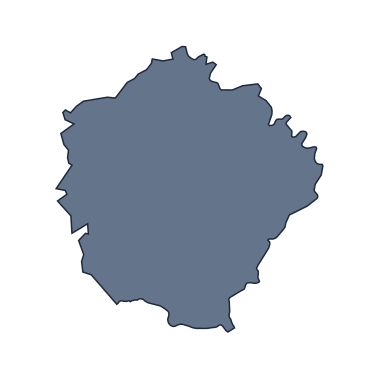 Cuenca, orthographic projection, rotated 78°
{"feature_id": "ESP-5818", "entity_name": "Cuenca", "entity_type": "Autonomous Community", "adm_level": 1, "iso_a3": "ESP", "parent_name": "Spain", "parent_adm1": "", "projection": "orthographic", "projection_center": [-2.034, 39.943], "detail": "fine", "context": "isolated", "style": "filled", "palette": "slate", "viewbox_px": 384, "rotation_deg": 78, "n_neighbors": 0, "source": "natural_earth", "source_scale": "10m", "svg_char_len": 3136}
<svg xmlns="http://www.w3.org/2000/svg" viewBox="0 0 384 384"><g transform="rotate(78 192 192)"><path d="M333.8,178.7L336.4,186.0L334.6,187.6L329.2,190.1L328.1,191.3L327.7,192.4L327.9,193.3L328.8,195.0L329.1,196.1L329.2,197.6L328.8,200.5L328.7,203.3L328.4,206.4L326.3,216.0L325.2,218.9L324.2,220.6L322.7,222.8L319.4,228.8L319.0,230.5L318.9,232.0L319.0,233.4L319.7,236.2L319.7,238.0L319.1,239.3L318.2,240.5L317.1,241.3L315.9,242.0L314.5,242.3L311.9,242.3L310.6,241.8L309.5,241.1L307.0,240.0L305.7,239.9L304.4,240.0L303.2,240.6L300.6,242.8L297.4,246.1L296.5,247.2L291.5,257.5L289.8,259.7L288.3,261.1L287.0,261.8L286.5,262.5L285.8,264.5L285.6,265.2L285.6,265.9L285.7,266.4L286.1,267.1L286.3,267.7L286.3,267.9L286.3,268.2L286.0,269.3L285.8,270.1L285.8,271.0L285.9,271.9L285.8,273.6L286.1,274.3L286.3,274.5L286.5,275.1L286.1,275.5L285.5,276.0L285.2,276.8L285.4,278.8L284.5,282.0L283.7,283.3L283.7,284.4L283.9,285.3L284.2,286.1L284.8,286.9L285.4,287.3L286.2,288.9L252.0,307.8L247.6,315.4L236.8,314.4L230.8,310.9L215.9,313.0L210.3,304.8L211.5,302.1L201.4,300.7L207.4,318.0L190.2,315.4L172.8,325.4L168.2,314.8L164.1,315.7L160.5,324.2L140.8,303.8L138.2,306.5L132.7,306.6L125.3,304.1L119.1,307.4L107.5,308.1L100.9,293.2L94.9,301.1L87.4,301.8L85.4,298.8L89.3,294.4L84.0,287.0L80.6,279.3L81.7,255.0L84.2,247.5L71.3,232.5L69.1,224.6L65.5,220.2L62.9,210.9L57.7,204.9L53.6,203.2L57.8,193.0L58.0,183.0L51.4,183.3L47.6,171.4L48.6,168.1L55.7,167.9L58.6,167.0L60.7,165.3L62.2,163.7L63.0,162.3L63.1,161.0L62.6,159.8L61.8,158.7L61.2,157.5L60.7,156.2L60.4,154.7L59.9,153.5L59.7,151.8L60.1,151.1L60.6,150.9L61.7,151.3L63.0,149.3L70.0,151.8L69.3,144.7L72.5,141.8L79.6,149.2L84.5,151.5L86.1,151.2L87.4,150.2L88.5,148.7L90.1,145.0L91.2,144.1L97.2,143.0L98.3,141.9L100.6,131.4L98.6,120.4L99.9,105.2L105.2,102.6L111.9,107.1L118.1,100.5L125.6,96.8L129.1,96.8L132.9,97.8L141.7,103.1L142.5,102.9L143.1,102.2L143.4,101.1L143.4,99.8L143.3,98.8L142.4,97.3L139.6,95.3L138.6,93.8L138.6,92.5L139.4,89.2L139.5,88.4L137.3,85.1L136.7,83.2L137.2,81.2L137.8,80.6L139.7,79.9L143.5,85.2L144.4,85.7L145.3,85.8L153.2,81.6L158.1,82.9L159.0,82.5L159.5,80.9L159.2,78.9L155.5,73.3L155.5,71.6L155.9,69.9L156.7,68.4L157.8,67.6L159.4,67.6L162.5,69.6L167.6,74.6L169.1,74.8L170.7,74.0L172.0,72.5L173.0,70.6L173.3,68.5L173.2,63.5L173.8,61.4L175.6,61.1L179.6,63.7L184.4,65.3L186.9,65.3L189.3,64.4L190.4,63.4L191.2,62.1L192.2,58.8L193.8,58.6L202.3,62.1L210.0,69.8L215.3,72.1L216.8,72.1L220.7,69.9L222.7,69.9L224.3,71.1L229.7,82.2L234.7,101.6L241.6,106.6L245.7,108.4L248.1,111.0L254.1,118.9L254.8,121.5L254.7,123.6L254.1,125.1L254.3,127.4L255.1,127.8L255.7,127.2L257.0,126.5L259.1,126.7L262.7,128.6L277.7,143.0L279.6,144.4L280.8,144.9L282.7,143.8L284.2,143.8L286.2,144.3L288.2,145.1L289.8,145.3L293.4,144.6L294.2,145.4L294.4,146.5L294.5,147.9L294.4,149.2L293.7,151.5L292.9,153.3L292.4,156.9L293.0,157.8L294.0,158.8L297.5,160.8L298.0,161.6L298.4,162.9L299.0,165.2L303.1,177.0L304.3,178.1L305.7,178.5L307.2,178.4L316.3,179.9L320.1,181.3L322.4,181.5L323.6,181.0L323.8,180.8L325.2,180.5L327.7,180.3L330.4,179.7L331.3,179.2L333.8,178.7Z" fill="#64748b" stroke="#1e293b" stroke-width="1.5"/></g></svg>